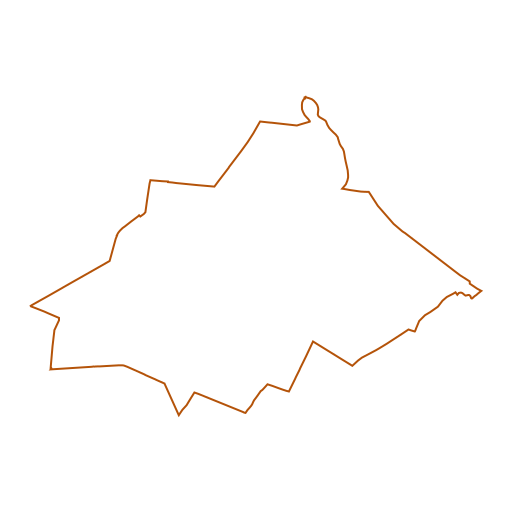 outline of Subate, Ilukstes, Latvia
{"feature_id": "27541924B14996624872646", "entity_name": "Subate", "entity_type": "district", "adm_level": 2, "iso_a3": "LVA", "parent_name": "Latvia", "parent_adm1": "Ilukstes", "projection": "mercator", "projection_center": [25.914, 56.009], "detail": "fine", "context": "isolated", "style": "outline", "palette": "amber", "viewbox_px": 512, "rotation_deg": 0, "n_neighbors": 0, "source": "geoboundaries", "source_scale": "gbopen_adm2", "svg_char_len": 3184}
<svg xmlns="http://www.w3.org/2000/svg" viewBox="0 0 512 512"><path d="M481.3,290.9L477.2,288.7L469.8,283.7L469.7,281.4L460.1,275.3L454.7,271.2L454.3,270.9L404.8,232.9L404.4,232.7L402.4,231.4L393.6,223.9L377.8,205.8L368.8,191.9L364.8,191.8L361.0,191.6L358.1,191.2L352.6,190.4L350.4,190.1L344.3,189.0L342.2,188.7L345.9,184.3L347.4,180.5L348.1,177.5L348.1,175.1L347.7,170.4L346.6,165.5L345.7,161.6L345.0,158.1L344.4,154.4L343.9,151.5L342.9,148.9L340.9,146.1L339.7,143.9L338.0,138.5L337.8,137.3L335.8,134.6L333.4,132.4L331.0,130.0L329.2,128.0L327.4,124.9L326.2,121.9L325.5,120.7L323.3,119.3L321.7,118.4L319.5,117.1L318.4,116.0L317.8,114.6L318.0,112.5L318.3,109.4L318.0,107.3L317.2,105.0L315.8,102.9L313.8,100.7L311.8,99.2L308.8,98.1L306.1,97.4L305.7,96.8L304.6,97.4L304.9,98.0L305.0,98.6L303.9,99.1L303.2,100.2L302.2,102.3L301.9,105.0L302.0,109.2L303.0,111.9L304.6,115.0L306.4,117.1L308.2,119.0L309.8,121.2L309.8,121.6L309.0,121.9L300.4,124.4L296.9,125.5L271.6,122.7L271.2,122.7L268.1,122.4L260.1,121.5L259.5,122.5L253.9,132.3L253.4,133.2L247.6,142.2L241.3,150.9L229.0,167.1L228.7,167.8L228.5,168.0L227.6,169.2L218.7,180.8L214.4,186.6L197.2,185.1L181.0,183.5L176.7,183.1L172.3,182.5L168.0,182.1L168.0,181.5L162.2,181.2L150.4,180.2L150.3,180.7L149.6,183.4L148.7,189.3L147.2,199.3L145.4,212.2L143.8,214.0L140.3,216.5L139.1,215.3L138.1,216.3L131.4,221.3L124.9,226.4L122.5,228.1L119.9,230.7L119.6,231.1L119.4,231.3L118.3,232.7L117.7,233.7L116.8,235.5L117.0,235.6L115.7,238.8L109.8,260.4L109.6,261.0L86.4,274.2L74.9,280.7L63.3,287.3L62.5,287.8L48.3,295.9L32.2,304.9L30.7,305.9L31.0,306.4L36.0,308.3L44.4,311.6L48.2,313.3L59.0,317.9L59.0,320.3L55.0,328.9L54.4,330.1L54.3,331.1L52.5,346.5L50.7,367.4L50.9,367.3L51.5,368.5L50.8,369.4L53.8,369.2L91.5,366.8L92.4,366.7L93.4,366.5L94.2,366.6L94.5,366.6L94.8,366.6L95.3,366.5L97.7,366.4L99.8,366.4L119.1,365.3L121.7,365.3L123.2,365.4L124.1,365.6L125.7,366.2L127.3,366.8L144.8,374.6L145.1,374.9L145.3,375.0L154.2,378.9L154.5,379.0L155.8,379.6L156.1,379.8L156.3,379.9L164.2,383.4L164.5,383.5L164.6,383.8L178.7,415.0L178.8,415.2L179.1,414.7L179.7,413.8L182.4,409.8L186.6,405.2L188.7,401.7L191.2,397.6L194.4,392.5L198.4,393.9L243.0,412.0L244.2,412.6L245.5,412.9L246.6,411.3L247.5,410.0L249.4,407.9L251.0,406.0L252.1,404.4L253.3,401.7L254.1,400.2L255.8,398.0L257.7,395.4L259.8,392.4L260.7,391.1L262.3,390.0L263.9,388.3L265.9,386.1L267.5,384.3L272.4,385.9L278.4,388.1L283.2,389.8L285.1,390.4L286.2,390.8L288.2,391.3L288.9,391.5L295.1,378.9L295.8,377.3L299.5,369.9L300.2,368.2L306.1,356.2L313.0,341.5L352.3,365.8L358.1,360.5L361.3,358.1L361.8,357.7L376.0,350.2L379.1,348.4L387.0,343.6L392.5,340.0L402.5,333.5L408.5,329.5L411.4,330.5L414.8,331.5L414.9,331.4L415.4,330.3L415.5,330.1L416.0,328.7L419.2,321.0L425.0,315.2L430.2,312.1L437.9,306.7L442.5,300.7L446.8,297.0L453.2,293.7L455.5,292.3L457.0,294.4L457.3,294.8L458.8,293.0L460.0,292.7L461.0,292.6L462.4,293.1L464.5,294.9L465.4,295.5L465.6,295.6L467.4,295.2L468.1,295.0L468.4,295.0L468.7,295.0L469.3,295.1L470.4,296.1L471.1,298.1L471.3,298.3L471.5,298.4L471.8,298.5L472.4,298.3L473.0,297.6L474.8,296.0L476.2,295.1L478.0,293.5L480.5,291.5L481.3,290.9Z" fill="none" stroke="#b45309" stroke-width="2"/></svg>